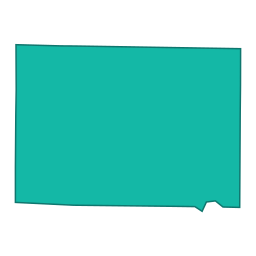 Winston, Alabama, United States of America (Mercator projection)
{"feature_id": "52423323B52352722786061", "entity_name": "Winston", "entity_type": "district", "adm_level": 2, "iso_a3": "USA", "parent_name": "United States of America", "parent_adm1": "Alabama", "projection": "mercator", "projection_center": [-87.367, 34.146], "detail": "fine", "context": "isolated", "style": "filled", "palette": "teal", "viewbox_px": 256, "rotation_deg": 0, "n_neighbors": 0, "source": "geoboundaries", "source_scale": "gbopen_adm2", "svg_char_len": 344}
<svg xmlns="http://www.w3.org/2000/svg" viewBox="0 0 256 256"><path d="M16.0,44.7L16.2,89.7L15.8,115.2L15.4,167.3L15.4,202.4L73.7,205.2L173.7,206.3L194.9,206.6L202.1,211.3L206.4,202.0L215.4,200.9L223.0,207.0L239.7,207.4L240.2,114.3L240.5,85.4L240.6,48.7L74.5,46.0L61.0,45.9L16.0,44.7Z" fill="#14b8a6" stroke="#0f766e" stroke-width="1.5"/></svg>